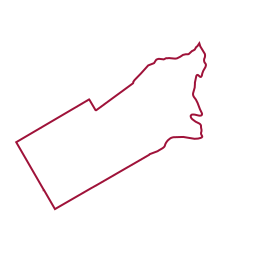 the State of North Darfur, rotated 240°
{"feature_id": "SDN-881", "entity_name": "North Darfur", "entity_type": "State", "adm_level": 1, "iso_a3": "SDN", "parent_name": "Sudan", "parent_adm1": "", "projection": "robinson", "projection_center": [25.452, 15.918], "detail": "fine", "context": "isolated", "style": "outline", "palette": "rose", "viewbox_px": 256, "rotation_deg": 240, "n_neighbors": 0, "source": "natural_earth", "source_scale": "10m", "svg_char_len": 2321}
<svg xmlns="http://www.w3.org/2000/svg" viewBox="0 0 256 256"><g transform="rotate(240 128 128)"><path d="M113.9,24.2L116.1,24.2L116.3,24.2L116.4,23.9L116.8,24.1L171.6,24.1L172.2,108.6L171.6,108.7L159.8,108.8L159.5,109.0L159.3,109.4L164.2,154.5L164.3,154.8L164.5,155.1L165.4,155.8L166.3,157.8L168.7,166.3L172.1,176.8L171.2,182.6L171.2,182.9L171.2,183.1L171.3,183.3L172.7,185.9L173.0,186.8L172.9,187.8L172.6,189.0L172.2,189.7L170.0,192.7L169.7,193.0L169.6,193.3L169.5,193.6L169.4,195.6L169.4,195.9L168.7,197.0L168.4,197.8L167.9,198.7L164.5,203.5L163.9,205.0L163.8,205.4L163.6,208.9L163.8,211.9L163.8,212.3L163.7,212.6L163.6,212.9L163.0,214.8L161.8,217.0L161.7,217.4L161.7,217.6L161.8,218.2L162.6,221.7L162.6,222.0L162.6,222.4L162.5,223.3L162.5,224.6L162.5,224.8L162.6,225.1L163.7,227.0L164.0,227.6L164.1,228.5L164.2,229.1L165.7,232.1L162.5,231.4L153.8,231.6L152.9,231.3L151.9,230.8L150.7,229.8L149.8,228.6L149.3,228.2L148.6,227.7L147.3,227.2L146.4,227.1L145.6,227.2L144.9,227.3L144.1,227.2L143.3,226.8L142.1,225.6L139.9,221.8L138.1,219.6L136.6,218.3L136.0,217.4L135.8,216.9L135.9,216.5L136.0,216.3L136.2,216.1L136.6,215.9L138.7,215.2L139.1,214.9L139.3,214.5L139.3,214.0L139.1,213.5L138.7,213.0L133.8,208.6L132.7,208.0L129.7,206.0L125.5,201.7L124.9,201.3L124.1,200.9L123.2,200.7L122.2,200.6L118.7,201.0L115.0,200.8L108.2,199.7L104.1,199.4L103.2,199.2L102.6,198.7L102.3,198.1L102.3,197.4L102.7,196.5L103.1,195.8L106.2,192.5L107.1,191.2L107.4,190.6L107.6,190.1L107.7,189.6L107.5,189.1L107.2,188.4L106.7,188.1L106.0,187.9L105.1,187.8L104.3,187.9L103.4,188.1L99.7,189.7L96.2,192.0L95.2,192.4L94.3,192.5L93.6,192.4L91.9,191.5L89.6,190.7L88.9,190.3L88.2,189.8L87.6,189.1L86.9,188.6L86.3,188.3L85.6,188.2L84.4,188.2L83.8,188.1L83.3,187.9L83.0,187.1L83.1,185.9L83.8,183.4L85.4,180.2L92.6,171.4L97.3,162.7L97.6,161.7L97.8,160.8L97.9,159.8L97.8,158.7L97.4,156.4L96.8,154.8L96.1,153.4L95.3,152.2L94.1,150.9L93.6,150.0L93.3,148.6L93.2,147.1L93.2,143.3L93.1,142.1L94.5,133.6L94.2,133.0L94.2,131.5L94.2,125.6L94.2,119.7L94.2,113.8L94.2,107.9L94.2,102.0L94.2,96.0L94.2,90.1L94.2,84.2L94.2,78.3L94.2,72.4L94.3,66.5L94.3,60.6L94.3,54.7L94.3,48.8L94.3,42.8L94.3,36.9L94.3,33.7L94.3,30.6L94.3,27.4L94.3,24.2L97.9,24.2L99.8,24.2L102.3,24.2L105.2,24.2L108.0,24.2L110.7,24.2L113.9,24.2Z" fill="none" stroke="#9f1239" stroke-width="2"/></g></svg>